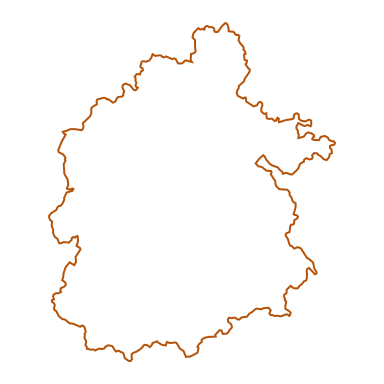 Teófilo Otoni, Minas Gerais, Brazil (Albers equal-area conic projection)
{"feature_id": "56859067B52692948196540", "entity_name": "Teófilo Otoni", "entity_type": "district", "adm_level": 2, "iso_a3": "BRA", "parent_name": "Brazil", "parent_adm1": "Minas Gerais", "projection": "albers", "projection_center": [-41.347, -17.686], "detail": "fine", "context": "isolated", "style": "outline", "palette": "amber", "viewbox_px": 384, "rotation_deg": 0, "n_neighbors": 0, "source": "geoboundaries", "source_scale": "gbopen_adm2", "svg_char_len": 5891}
<svg xmlns="http://www.w3.org/2000/svg" viewBox="0 0 384 384"><path d="M289.2,315.9L290.4,314.3L290.6,312.6L289.3,311.2L285.4,308.8L285.3,306.9L286.2,301.5L284.9,300.5L285.1,299.0L284.2,297.4L284.0,295.0L286.5,293.1L286.7,289.7L290.6,285.8L292.9,287.7L294.5,288.3L297.8,288.3L299.5,285.9L302.0,283.9L304.0,281.3L306.0,280.5L306.8,278.7L307.0,273.3L306.6,271.1L307.3,268.8L309.0,267.9L315.0,274.3L316.5,273.5L316.4,271.9L314.3,268.6L313.1,262.5L308.5,258.6L307.1,258.1L300.9,248.4L297.8,247.1L294.2,248.6L292.0,246.3L290.2,245.5L289.1,243.5L287.9,239.1L285.5,235.2L286.1,233.4L289.5,232.1L290.3,225.9L291.1,224.7L292.8,224.6L294.0,223.8L294.3,220.3L297.5,218.1L298.0,216.5L296.6,215.2L294.8,215.0L293.6,214.2L295.6,207.2L295.6,203.1L293.6,202.3L292.5,200.6L291.5,197.7L289.5,194.7L289.7,192.7L288.6,190.9L287.0,189.7L279.3,189.2L276.3,186.2L275.5,184.2L275.3,181.2L270.8,174.3L271.5,172.6L271.2,171.1L266.4,170.6L261.7,166.9L258.4,166.3L255.7,163.5L258.7,159.3L263.2,155.2L264.7,156.5L266.2,159.6L269.3,163.3L271.6,165.2L277.8,167.4L279.7,169.8L282.5,172.0L282.9,173.8L286.5,172.8L290.3,174.4L292.3,174.4L297.2,169.7L298.4,168.2L299.6,164.7L301.0,163.1L303.8,161.8L304.1,159.8L305.3,158.8L306.7,158.2L309.3,159.5L311.9,158.9L312.7,157.3L312.1,155.3L314.0,153.1L317.2,153.4L318.5,155.1L320.5,155.9L323.7,159.2L326.6,160.1L329.0,157.4L329.8,154.0L331.9,153.1L331.6,149.8L330.0,147.9L330.0,146.1L331.1,145.3L334.4,144.6L335.0,142.8L333.7,141.2L332.2,141.4L328.8,139.7L328.2,137.9L324.9,135.9L320.7,136.9L318.9,140.2L313.7,139.9L312.2,139.0L312.9,137.4L314.2,136.6L314.0,135.1L311.5,133.4L308.0,132.4L306.2,133.4L303.8,136.6L298.4,138.1L298.7,134.2L297.8,132.8L298.0,130.9L296.5,128.7L296.3,126.9L298.2,123.1L304.4,126.1L307.8,125.0L310.5,126.3L311.2,125.0L311.2,120.8L310.1,119.9L308.5,119.9L305.3,121.4L301.1,120.7L299.0,118.9L298.6,114.3L296.9,113.3L295.4,113.7L294.1,114.8L293.7,118.3L292.3,119.1L286.2,120.0L279.0,122.2L278.5,120.7L278.8,118.7L277.5,117.8L275.9,120.7L274.6,121.0L272.1,118.7L268.2,118.9L266.7,118.0L266.2,113.3L264.7,113.9L263.2,113.3L261.3,111.3L261.3,108.5L262.4,105.2L262.2,103.5L261.1,102.2L259.4,102.0L257.9,103.4L257.2,105.2L253.7,106.4L246.2,101.5L245.8,97.7L244.4,97.7L243.1,98.6L237.7,95.8L236.7,92.7L237.0,91.0L238.7,88.0L238.8,86.0L244.1,81.2L244.6,79.0L249.6,71.7L249.7,69.4L248.4,68.4L245.5,64.2L246.7,62.7L247.0,60.5L244.9,60.1L244.4,58.8L244.1,54.3L245.6,53.7L245.1,51.6L243.4,49.4L243.7,47.7L243.0,46.4L240.2,43.3L238.5,40.2L239.4,36.1L238.0,34.7L236.3,35.1L235.1,34.2L234.4,32.5L233.2,31.8L228.7,31.3L228.5,28.1L227.3,24.2L225.4,23.0L221.9,26.2L218.2,31.5L217.0,32.1L214.9,31.8L214.1,30.3L214.3,28.8L213.2,27.8L211.9,27.1L209.1,27.1L207.7,26.0L206.1,26.2L204.8,27.3L204.4,29.6L202.8,28.7L201.3,29.5L199.8,29.3L198.4,28.1L194.3,32.2L193.3,33.7L192.5,37.4L195.0,40.1L195.1,48.6L195.7,50.6L195.1,52.3L192.8,53.6L191.0,54.0L190.7,60.0L191.9,62.0L186.1,60.4L184.7,60.8L183.6,62.2L181.7,63.5L178.0,63.4L175.6,58.9L173.8,58.4L172.2,59.2L166.1,56.4L164.2,57.3L162.5,57.1L161.4,55.7L159.4,55.3L155.3,55.9L152.6,54.2L151.4,57.4L149.6,60.3L146.2,61.7L143.6,61.2L141.7,61.7L140.3,66.5L141.0,67.7L142.6,68.4L142.9,70.4L141.0,71.4L140.0,74.4L136.6,74.1L134.6,76.8L135.6,78.2L135.4,80.7L136.4,82.7L135.5,85.8L136.4,87.0L137.8,87.6L136.9,89.1L135.4,90.3L133.7,89.8L130.2,85.4L125.7,83.6L124.1,84.1L122.8,85.3L122.4,87.5L124.2,91.3L123.3,93.6L123.2,95.6L121.9,96.6L118.2,97.0L116.8,98.2L115.6,101.3L114.4,102.0L112.9,102.7L108.5,99.2L107.0,99.4L105.7,98.2L104.0,97.7L97.2,99.5L96.6,100.8L96.9,104.4L93.1,106.4L91.3,108.2L91.3,113.1L90.0,116.4L82.9,123.2L83.5,126.8L83.0,128.6L81.7,130.2L74.8,129.1L70.5,129.1L66.3,130.9L62.8,131.8L64.1,133.7L65.7,134.5L61.7,141.6L58.2,150.3L58.7,152.1L63.4,154.6L65.5,157.9L64.8,159.6L65.5,160.7L63.7,164.1L64.4,173.8L67.6,179.5L68.3,185.2L66.8,188.5L68.5,189.3L70.6,189.3L72.2,188.5L73.4,189.1L72.3,190.9L66.6,192.5L64.1,198.0L64.3,199.7L62.3,203.9L60.6,205.8L59.0,205.9L57.6,207.1L56.2,210.0L51.2,213.2L49.0,216.0L49.4,218.3L50.4,220.2L52.1,221.5L51.7,226.0L53.3,230.1L53.0,232.2L54.0,235.4L54.9,236.9L57.5,238.9L59.2,243.2L60.7,243.3L63.7,242.1L68.9,242.6L71.5,240.0L71.9,237.9L73.3,237.0L74.9,237.7L75.7,236.6L77.3,236.0L77.9,237.6L77.9,242.1L76.5,245.9L79.9,247.9L80.5,249.3L75.6,256.9L76.0,262.1L74.3,265.2L69.6,262.3L65.6,267.3L63.6,273.3L63.2,277.2L62.2,280.2L64.6,281.9L65.8,283.7L65.6,285.3L64.1,286.7L60.7,288.3L60.3,290.1L61.1,292.0L57.9,293.4L56.1,293.1L53.4,294.9L53.1,296.5L53.9,299.4L52.0,300.1L51.9,301.6L54.3,303.7L54.8,305.2L53.9,308.8L54.7,310.2L56.1,310.9L58.8,316.1L62.4,319.2L63.9,319.2L65.6,320.0L69.4,323.2L73.5,323.9L79.0,326.3L80.3,326.7L82.1,325.5L83.7,326.2L84.7,327.6L85.7,331.9L84.6,334.0L84.9,335.9L84.4,337.5L86.2,341.5L85.5,345.4L86.7,346.7L87.0,348.9L88.5,348.9L89.8,349.6L93.5,349.5L95.2,350.5L98.7,348.7L102.5,349.0L104.3,348.5L105.1,347.0L108.0,345.3L111.0,345.8L112.4,346.3L115.0,350.5L116.3,351.6L117.7,350.8L119.3,350.9L120.6,352.0L122.2,352.3L123.5,353.4L124.8,358.2L128.9,361.0L130.5,361.0L132.0,359.2L131.5,354.7L132.9,353.0L136.5,351.7L139.8,349.5L142.7,347.0L143.3,345.6L144.8,344.8L147.0,345.1L149.9,347.1L151.9,344.8L152.5,343.1L157.0,341.3L158.2,342.6L161.8,344.8L165.7,345.5L166.9,342.1L170.3,343.1L175.5,342.4L176.7,343.1L179.9,348.6L183.5,351.0L186.0,357.0L187.7,356.5L189.6,356.8L197.4,352.8L198.6,348.0L197.4,346.8L199.1,344.1L201.8,341.9L201.6,340.2L202.6,338.9L205.3,337.6L208.6,336.9L215.7,336.6L215.2,334.9L219.5,330.2L221.5,330.4L222.8,333.9L226.8,333.6L228.4,332.2L229.3,330.4L231.8,327.6L231.8,325.9L230.9,324.0L228.1,321.7L227.9,319.5L229.1,317.7L230.9,318.2L235.0,317.6L237.6,319.4L239.2,319.6L241.5,317.5L246.9,316.7L249.4,313.6L252.3,311.9L255.4,309.1L256.7,308.6L261.6,309.3L263.0,308.3L268.6,307.8L270.7,310.3L269.4,313.3L270.5,315.0L272.8,315.1L274.3,316.0L277.4,315.7L280.8,316.4L285.6,314.5L287.4,314.4L289.2,315.9Z" fill="none" stroke="#b45309" stroke-width="2"/></svg>